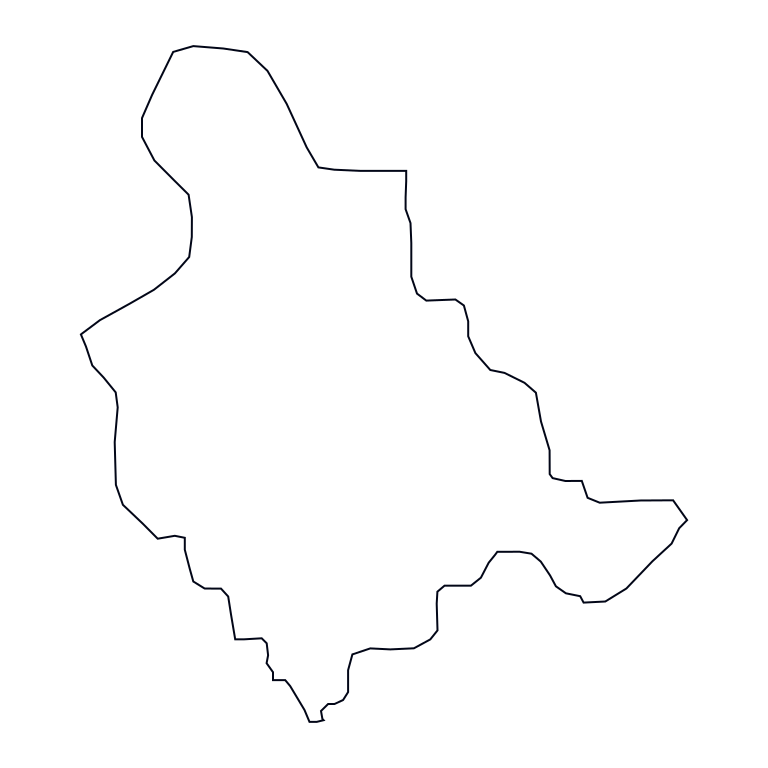 an SVG outline of Zenica-Doboj
{"feature_id": "BIH-2889", "entity_name": "Zenica-Doboj", "entity_type": "Canton", "adm_level": 1, "iso_a3": "BIH", "parent_name": "Bosnia and Herzegovina", "parent_adm1": "", "projection": "albers", "projection_center": [18.196, 44.316], "detail": "fine", "context": "isolated", "style": "outline", "palette": "ink", "viewbox_px": 768, "rotation_deg": 0, "n_neighbors": 0, "source": "natural_earth", "source_scale": "10m", "svg_char_len": 1629}
<svg xmlns="http://www.w3.org/2000/svg" viewBox="0 0 768 768"><path d="M80.9,334.4L100.0,320.1L129.5,303.8L153.9,289.8L174.9,273.4L189.2,257.0L191.8,237.0L191.9,217.1L188.6,194.7L174.4,180.6L154.4,160.5L142.0,136.9L142.0,118.1L152.2,94.7L173.2,51.9L193.3,46.1L223.3,48.5L247.6,52.1L267.5,70.9L286.7,103.9L306.7,147.4L318.4,167.4L334.3,169.7L361.1,170.9L406.2,170.9L406.2,181.3L405.6,197.3L405.6,209.2L410.5,223.1L411.3,243.0L411.3,259.8L411.3,276.7L417.0,293.6L426.3,300.6L455.4,299.5L463.9,305.5L468.2,321.3L468.2,336.3L475.4,353.1L490.3,370.0L504.5,372.9L524.5,382.8L535.9,392.7L541.0,421.5L549.6,450.3L549.7,474.1L552.6,478.1L565.4,481.0L581.8,480.9L587.6,497.8L599.7,502.7L640.4,500.5L673.1,500.3L687.1,520.1L679.2,528.2L671.6,543.6L652.4,561.3L626.4,588.5L605.3,601.5L583.6,602.6L580.2,596.2L565.9,593.3L555.9,586.3L550.1,575.5L540.8,561.6L531.5,553.7L519.3,551.7L509.4,551.8L497.3,551.8L495.1,554.8L488.7,562.7L480.9,577.7L470.9,585.7L459.5,585.7L444.5,585.7L437.4,591.7L436.7,603.6L437.5,630.4L430.3,639.4L413.9,648.3L390.3,649.4L370.3,648.4L352.4,654.4L348.1,670.2L348.1,692.1L343.1,700.0L334.5,704.0L328.1,704.0L321.0,711.0L322.4,718.9L323.6,720.2L316.6,721.9L309.5,721.9L304.5,710.0L290.2,686.1L285.2,680.1L280.2,680.1L273.0,680.1L273.0,672.2L266.6,663.2L268.1,655.3L266.7,643.3L261.7,638.3L244.5,639.3L235.2,639.3L231.0,614.4L228.2,596.5L221.0,588.6L214.6,588.6L204.6,588.5L193.3,581.5L189.7,568.6L184.8,549.7L184.8,537.8L174.8,535.8L157.7,538.7L142.8,523.7L122.9,504.8L115.9,484.9L114.7,442.1L117.7,407.4L115.7,392.4L103.6,377.5L92.3,365.5L86.0,346.6L80.9,334.4Z" fill="none" stroke="#020617" stroke-width="2"/></svg>